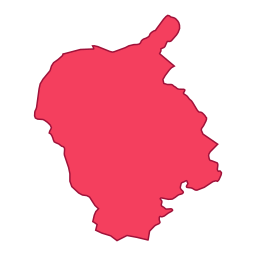 an SVG outline of Bratislavský
{"feature_id": "SVK-1051", "entity_name": "Bratislavský", "entity_type": "Region", "adm_level": 1, "iso_a3": "SVK", "parent_name": "Slovakia", "parent_adm1": "", "projection": "natural_earth1", "projection_center": [17.27, 48.331], "detail": "fine", "context": "isolated", "style": "filled", "palette": "rose", "viewbox_px": 256, "rotation_deg": 0, "n_neighbors": 0, "source": "natural_earth", "source_scale": "10m", "svg_char_len": 3291}
<svg xmlns="http://www.w3.org/2000/svg" viewBox="0 0 256 256"><path d="M117.0,240.6L110.7,235.8L101.9,233.1L95.7,230.2L97.1,224.5L93.9,222.2L92.8,221.6L94.3,215.1L95.8,211.6L98.5,208.7L95.0,205.5L93.7,203.5L89.6,197.1L86.8,195.6L82.4,195.0L78.7,193.0L71.8,186.6L69.9,181.2L69.9,173.7L68.6,167.5L64.4,155.0L64.3,153.4L64.6,149.4L64.4,147.9L63.4,146.7L61.7,146.2L58.7,143.9L56.2,142.9L54.2,141.8L53.3,139.7L52.9,138.2L52.1,136.2L51.1,134.4L50.4,133.7L49.2,133.0L49.7,131.2L50.8,129.2L51.4,127.7L50.2,125.0L47.4,122.3L44.6,120.3L43.0,119.5L37.6,119.1L35.4,118.0L34.6,115.9L34.8,112.1L35.3,110.5L35.9,109.5L36.6,107.3L39.1,88.8L40.2,83.9L43.0,79.2L50.1,70.6L51.5,66.0L53.6,62.7L58.0,59.6L62.5,55.6L63.1,53.9L64.0,53.8L80.4,49.5L92.7,49.0L93.6,48.9L93.7,48.3L93.4,47.5L92.6,45.9L94.3,45.8L97.8,46.6L109.7,51.4L112.4,52.1L114.0,51.8L125.2,47.7L128.9,45.8L133.8,44.6L137.2,44.5L139.3,44.0L140.4,43.0L141.5,40.7L142.6,39.7L143.7,39.0L146.2,38.1L148.3,36.9L148.9,36.4L149.3,35.8L149.9,34.4L150.3,33.6L151.0,32.9L152.2,31.9L153.9,30.9L154.4,30.7L155.0,30.6L155.4,30.5L155.7,30.2L155.9,29.7L163.6,19.2L166.0,16.6L167.7,15.4L169.0,15.7L169.8,16.1L170.3,16.6L170.9,17.0L173.7,17.7L174.6,18.1L175.6,18.7L176.7,19.9L177.8,21.1L178.8,22.8L179.5,25.2L179.6,28.5L178.1,32.4L176.6,34.8L171.8,40.3L170.9,41.1L170.1,41.4L169.2,41.5L168.3,41.4L167.4,41.5L166.9,42.1L165.0,46.4L164.5,47.0L163.9,47.5L160.9,48.8L160.9,51.0L159.6,53.7L174.3,66.1L171.8,67.5L170.7,68.5L169.3,70.0L165.2,75.5L162.9,79.5L163.8,83.4L167.3,84.5L171.1,84.5L171.7,84.6L172.2,84.8L172.8,85.2L173.6,86.0L175.6,87.2L177.1,88.5L177.9,88.9L179.0,89.2L183.8,89.3L184.7,89.7L184.8,90.5L184.2,91.8L183.6,92.5L183.5,93.2L184.0,94.0L186.6,95.7L187.5,96.6L189.4,99.1L191.5,100.9L192.7,102.6L197.3,110.3L198.4,111.5L199.2,112.1L200.8,112.2L201.8,112.6L202.7,113.3L204.2,114.8L205.1,115.9L205.9,117.2L206.5,117.8L206.5,119.2L205.9,121.1L203.6,125.6L201.5,128.6L201.4,129.5L201.3,130.2L203.0,134.1L217.7,144.2L210.2,151.8L208.9,154.0L208.6,155.7L209.2,158.8L209.7,159.9L210.4,160.5L211.6,160.7L217.2,162.9L217.8,164.1L217.8,165.7L217.3,169.4L217.8,170.7L218.5,171.3L219.6,171.0L220.1,171.0L220.4,171.3L221.0,172.1L221.4,172.5L221.4,173.6L221.0,175.2L219.3,179.0L218.4,180.5L217.4,181.3L215.9,180.8L212.9,181.6L204.3,187.3L197.1,190.1L195.8,190.1L194.6,189.7L192.5,188.4L191.2,187.9L187.6,187.5L186.8,187.3L186.5,186.9L186.4,186.3L186.7,185.6L187.9,183.7L187.5,182.5L187.2,182.0L187.1,181.4L186.8,180.9L186.3,180.7L185.5,181.0L183.8,181.9L182.7,182.3L181.7,182.8L181.1,183.7L180.3,187.2L180.4,188.2L180.7,188.8L181.0,189.4L182.3,190.7L182.9,191.3L183.2,191.9L183.3,192.4L183.0,193.0L182.2,193.7L180.5,194.3L179.5,194.5L178.3,195.0L177.2,195.8L175.1,197.4L172.5,199.0L171.3,199.2L168.3,199.3L161.9,198.0L160.9,198.0L160.4,198.3L160.2,198.8L161.8,201.0L161.9,201.8L161.8,202.6L161.4,204.1L161.3,204.9L161.4,205.6L161.7,206.0L163.9,207.4L165.4,208.7L166.0,209.0L166.6,209.1L170.9,208.8L171.4,208.9L171.9,209.1L172.2,209.4L172.6,210.1L172.5,210.5L171.4,211.4L168.4,213.0L164.3,216.0L162.4,216.7L161.1,216.8L160.3,216.4L159.7,216.6L159.3,217.3L159.2,219.4L159.5,220.7L160.0,222.2L159.7,222.9L158.9,223.7L156.0,225.0L154.6,225.9L149.6,231.1L148.1,239.9L148.0,240.0L136.8,237.3L127.0,235.5L117.0,240.6Z" fill="#f43f5e" stroke="#9f1239" stroke-width="1.5"/></svg>